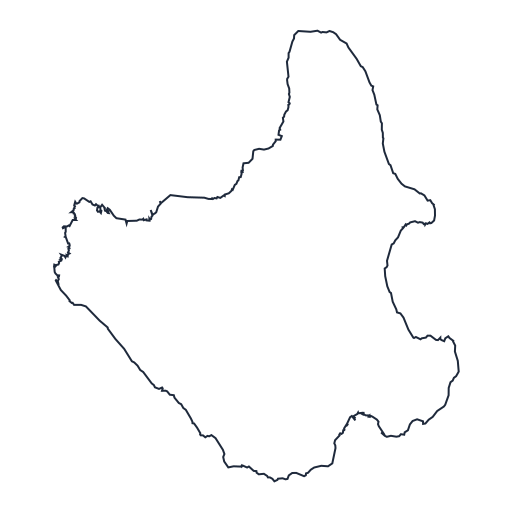 Siquijor, Siquijor, Philippines (Equal Earth projection)
{"feature_id": "2640588B8507173896697", "entity_name": "Siquijor", "entity_type": "district", "adm_level": 2, "iso_a3": "PHL", "parent_name": "Philippines", "parent_adm1": "Siquijor", "projection": "equal_earth", "projection_center": [123.577, 9.198], "detail": "fine", "context": "isolated", "style": "outline", "palette": "slate", "viewbox_px": 512, "rotation_deg": 0, "n_neighbors": 0, "source": "geoboundaries", "source_scale": "gbopen_adm2", "svg_char_len": 5979}
<svg xmlns="http://www.w3.org/2000/svg" viewBox="0 0 512 512"><path d="M396.4,436.7L399.2,436.2L400.9,434.2L404.2,434.7L404.7,432.3L407.9,430.3L409.9,424.4L412.6,421.0L417.1,419.3L423.0,421.3L423.1,423.9L425.4,423.5L428.7,419.7L432.7,416.9L437.2,411.0L443.9,406.5L445.2,404.8L448.6,395.3L448.7,387.9L450.5,382.2L452.7,380.6L453.9,377.8L456.1,376.2L458.7,371.6L457.8,360.9L454.9,351.5L455.2,345.6L453.1,341.5L453.3,340.8L449.5,338.0L448.3,336.3L445.3,338.3L444.2,341.2L441.4,340.0L440.3,339.0L440.3,337.7L438.0,340.1L436.0,339.9L430.5,335.7L427.5,335.7L425.9,337.6L421.8,338.3L420.5,339.3L415.9,337.0L414.0,338.0L413.3,337.6L408.4,329.6L403.5,317.6L400.4,313.4L397.0,312.4L396.3,309.4L392.7,301.7L391.0,293.0L389.6,292.0L387.3,286.3L385.2,276.2L384.7,268.5L386.6,267.2L387.5,265.5L387.0,260.8L391.7,244.5L393.7,243.4L395.3,240.3L398.0,237.4L400.8,230.6L403.1,228.1L402.7,227.3L404.0,227.0L405.6,224.5L406.3,225.4L407.1,224.2L408.8,223.8L410.2,222.4L415.0,221.2L418.0,222.7L419.7,222.1L422.6,222.6L423.8,224.1L424.9,223.7L425.1,224.7L426.0,223.3L427.5,223.9L429.5,222.4L430.1,223.3L431.4,223.0L434.1,220.5L435.0,215.6L434.9,209.2L433.6,205.3L433.9,204.7L432.1,203.2L430.3,200.2L427.6,200.6L424.4,195.4L420.9,193.3L419.8,193.5L414.5,189.3L404.9,186.4L401.5,183.7L397.7,178.8L395.3,173.9L393.2,173.2L390.5,165.2L388.9,164.0L384.4,151.7L382.8,143.5L383.4,138.3L382.9,137.7L382.8,132.8L381.8,129.7L381.9,123.3L380.8,121.6L379.8,115.2L377.3,109.4L377.6,105.3L376.4,104.5L374.3,94.7L372.5,90.1L373.2,86.4L371.3,85.6L369.5,82.4L365.4,71.3L362.7,67.1L360.8,66.2L356.6,58.8L348.4,47.5L346.6,43.5L340.1,39.8L336.1,34.2L333.2,32.2L329.5,31.0L326.5,32.4L322.5,32.0L321.1,32.6L317.5,30.7L310.5,31.8L298.3,31.0L294.2,35.1L294.0,38.5L292.4,41.5L289.5,51.8L288.6,53.1L288.6,57.7L286.9,61.7L288.5,76.7L287.2,78.8L287.1,80.1L287.6,84.1L289.2,88.5L289.4,92.6L288.9,94.0L289.8,96.9L288.5,102.2L289.7,103.3L289.3,104.4L288.3,104.9L288.5,107.0L287.6,110.3L286.0,111.5L284.3,114.7L284.1,116.6L282.9,117.8L283.4,121.5L279.6,128.1L280.2,129.7L279.1,130.3L278.5,134.8L281.8,136.1L280.4,139.7L275.7,139.6L275.7,141.2L273.0,144.6L272.8,146.0L268.5,148.5L264.0,149.6L259.1,148.8L254.3,150.0L253.3,151.2L252.5,158.8L248.6,162.8L243.5,163.3L242.6,167.5L242.9,170.5L241.7,170.7L242.4,172.1L241.3,172.2L241.6,173.8L240.7,177.1L239.2,177.2L238.4,180.4L237.5,181.0L236.4,183.8L234.8,184.9L232.7,189.8L232.0,189.3L231.4,190.9L228.8,193.3L224.9,194.5L224.7,196.0L223.8,195.4L220.3,197.9L217.4,197.0L216.6,198.4L214.5,198.0L212.9,199.0L212.1,198.3L211.6,199.0L208.4,198.9L204.3,197.7L187.6,197.2L170.4,195.1L161.7,202.5L160.7,202.9L159.8,201.1L160.7,203.6L158.0,206.6L156.2,212.3L154.9,213.4L152.5,214.7L150.7,210.0L152.5,215.6L151.5,216.7L151.1,219.0L150.0,219.6L149.4,218.7L149.5,220.7L146.6,220.4L146.5,219.4L143.8,220.2L143.3,218.8L142.4,219.6L139.4,219.5L136.8,220.7L127.3,221.0L126.6,223.6L125.5,219.6L116.4,218.2L113.8,215.7L109.8,209.8L107.7,208.2L106.6,210.4L108.3,211.2L107.9,211.6L108.7,213.1L107.9,213.0L107.2,212.3L107.5,211.5L105.0,210.7L104.5,208.6L104.9,208.1L102.1,204.8L100.2,207.4L100.5,210.1L101.4,210.8L100.9,213.0L99.5,211.3L98.0,211.8L97.0,210.4L97.4,207.8L99.0,207.0L98.7,205.7L97.6,205.7L96.0,204.2L94.9,205.5L92.5,204.5L90.6,201.3L89.3,201.9L84.1,198.4L82.4,198.1L79.6,201.0L79.4,202.3L77.1,203.6L76.3,203.6L75.2,201.8L74.2,205.4L75.0,206.3L74.3,207.4L74.6,208.2L73.7,208.9L73.6,210.2L71.2,212.2L73.2,212.1L73.8,212.6L73.6,213.5L74.8,214.1L75.2,215.6L74.8,216.0L75.8,217.5L75.1,217.9L75.9,218.3L75.8,219.0L75.2,218.4L75.0,219.1L75.9,220.0L72.7,220.0L69.6,226.0L68.9,225.4L66.9,226.5L63.9,226.3L62.7,227.4L63.0,228.2L65.2,227.1L65.7,228.0L65.7,231.8L65.1,232.9L65.6,236.3L64.9,236.9L65.9,237.4L68.1,243.5L69.2,243.4L69.5,244.2L69.7,245.8L68.3,246.8L69.1,247.1L69.5,248.4L68.4,248.9L68.9,250.7L68.0,252.4L69.5,253.5L68.1,254.2L67.3,253.6L68.0,254.3L67.8,255.3L66.8,255.0L67.4,256.4L65.7,256.3L65.4,257.3L64.5,255.9L61.1,254.6L61.8,255.7L60.5,257.8L61.5,258.8L60.6,259.3L61.6,259.7L61.3,260.6L59.1,261.5L58.7,261.0L59.1,263.0L58.4,264.5L56.7,264.9L55.4,266.4L55.1,264.9L54.3,264.6L54.1,266.3L53.3,266.2L54.2,266.6L54.7,272.0L55.4,273.4L57.3,275.3L59.1,275.4L58.9,276.6L57.9,277.1L58.8,279.1L57.8,281.1L58.0,282.0L56.1,280.1L55.8,280.5L60.8,290.0L66.2,295.7L69.7,300.3L69.5,301.1L71.8,303.0L72.6,302.8L74.1,304.9L81.2,304.9L85.9,306.4L99.7,320.7L107.7,327.5L107.8,328.7L115.4,339.0L124.2,348.9L131.9,361.3L134.2,362.4L137.6,365.7L140.2,370.0L143.2,372.0L151.7,383.4L153.9,385.1L154.9,387.3L159.0,388.9L162.1,387.5L162.7,388.4L162.0,390.8L165.6,390.7L167.2,391.4L169.8,394.7L173.8,395.2L174.5,397.7L178.8,403.0L181.2,404.2L183.3,408.0L185.8,409.8L190.9,418.5L192.4,421.7L192.5,423.2L194.1,423.5L197.1,427.7L200.3,433.2L200.1,434.4L200.7,435.3L203.0,435.4L205.3,437.3L207.5,435.9L209.2,436.3L211.4,435.1L215.5,438.1L222.9,449.8L224.4,454.0L223.2,457.0L224.2,461.5L228.3,467.4L233.6,466.3L241.1,466.6L241.5,465.9L241.8,466.5L242.6,465.5L247.1,467.5L248.9,466.5L253.7,470.9L256.4,471.1L256.6,472.7L258.8,474.3L263.9,473.8L267.2,476.0L267.9,477.4L269.9,477.4L272.4,478.8L274.4,481.3L277.4,479.9L278.0,478.7L282.6,478.3L285.6,479.3L287.5,478.9L288.8,475.4L292.2,473.0L296.2,472.9L304.1,476.2L305.8,475.3L306.0,473.4L308.0,472.8L310.8,469.7L314.2,467.5L321.3,465.8L328.0,466.3L332.3,463.4L335.5,448.1L335.3,445.4L334.3,443.3L335.1,440.2L339.6,435.4L339.3,434.6L340.2,433.3L341.5,433.9L342.9,432.8L343.2,430.3L344.0,430.2L343.8,430.7L344.4,429.9L344.1,428.4L346.6,424.4L347.0,425.2L347.6,424.5L347.1,423.6L350.1,417.2L351.8,416.0L355.3,420.4L354.3,418.7L354.8,417.8L354.0,417.3L353.8,416.0L357.3,414.0L358.1,412.5L358.4,413.3L361.6,412.9L361.3,413.5L362.7,414.3L362.7,413.0L363.6,412.9L363.8,414.4L365.8,415.4L368.2,415.4L368.4,416.4L369.1,415.8L369.0,416.6L369.9,416.9L370.5,415.7L370.4,416.7L370.8,415.9L372.5,416.7L376.9,419.6L378.5,421.7L378.0,424.1L378.8,426.2L384.7,435.1L382.2,432.5L381.8,433.1L384.8,435.8L386.8,436.8L390.9,435.8L396.4,436.7Z" fill="none" stroke="#1e293b" stroke-width="2"/></svg>